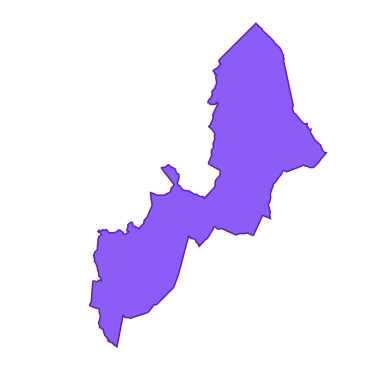 map outline of Eastern (Albers equal-area conic projection), rotated 45°
{"feature_id": "KEN-889", "entity_name": "Eastern", "entity_type": "National Capital Area", "adm_level": 1, "iso_a3": "KEN", "parent_name": "Kenya", "parent_adm1": "", "projection": "albers", "projection_center": [37.864, 0.691], "detail": "fine", "context": "isolated", "style": "filled", "palette": "violet", "viewbox_px": 384, "rotation_deg": 45, "n_neighbors": 0, "source": "natural_earth", "source_scale": "10m", "svg_char_len": 6011}
<svg xmlns="http://www.w3.org/2000/svg" viewBox="0 0 384 384"><g transform="rotate(45 192 192)"><path d="M126.2,27.2L127.4,27.7L128.0,27.8L142.9,27.5L144.2,28.1L152.6,28.0L155.2,28.8L158.3,30.3L160.1,30.7L160.5,31.1L161.2,32.2L161.5,32.4L162.4,32.4L162.7,32.5L163.0,32.9L163.5,34.5L164.3,34.6L201.9,59.0L202.7,59.8L203.8,61.6L204.5,62.4L205.0,62.7L206.3,63.1L207.3,64.0L207.9,64.1L209.2,63.8L210.6,63.7L219.9,64.7L222.3,64.5L224.5,63.5L224.6,62.5L225.0,62.3L226.1,63.1L226.4,63.5L226.7,64.1L227.9,64.4L228.7,64.1L228.9,64.5L229.1,64.6L231.6,64.8L231.7,63.6L232.8,65.2L233.5,65.9L234.3,66.3L241.9,68.3L243.0,68.3L244.8,68.0L245.5,68.1L246.2,68.3L246.9,68.3L249.4,67.8L254.3,69.9L256.0,70.3L257.6,70.3L259.3,69.3L259.9,78.1L260.4,79.6L260.7,82.1L260.7,87.9L260.5,89.0L259.4,89.9L258.4,91.1L258.1,91.3L255.4,92.2L254.1,93.5L252.5,93.9L251.7,94.5L251.2,95.2L251.1,97.0L250.6,97.4L245.2,109.6L244.3,110.9L242.0,111.7L241.5,112.0L241.2,112.9L242.2,115.0L242.8,117.8L243.0,120.2L244.0,125.4L244.0,129.0L244.5,129.7L244.7,130.3L245.5,131.1L245.7,131.5L246.3,133.3L247.6,135.9L249.4,138.7L251.2,139.9L251.9,140.7L252.9,142.5L253.7,143.4L254.1,144.3L254.6,146.3L254.9,146.8L255.7,147.5L257.6,148.3L258.7,149.3L261.4,150.8L262.0,151.4L262.6,152.6L263.6,153.7L264.4,154.1L265.2,154.8L266.2,155.3L259.3,158.2L258.6,158.8L258.7,159.3L265.9,178.7L266.0,179.3L265.1,179.9L259.9,181.9L258.3,184.6L257.7,185.3L256.3,186.5L255.7,187.2L254.5,189.0L254.0,189.9L253.7,190.9L253.5,191.3L238.9,196.8L238.3,197.3L237.7,198.6L236.8,199.8L236.3,200.0L233.4,200.4L232.1,201.2L232.0,201.5L232.0,201.9L233.0,202.7L233.1,202.9L235.5,213.1L235.6,214.8L235.1,216.3L235.5,225.4L233.9,224.7L233.7,224.3L232.9,224.5L232.2,224.5L231.6,224.2L230.5,224.4L228.0,223.6L226.8,223.6L224.6,225.2L223.3,225.8L222.3,225.4L221.9,225.6L221.0,225.5L221.1,226.1L241.0,260.4L246.2,271.8L246.5,272.7L246.6,296.4L246.4,297.0L245.0,298.6L244.9,299.2L246.0,306.6L245.9,307.8L245.8,308.7L237.8,324.7L237.2,325.3L236.0,325.6L235.5,325.9L234.5,327.3L233.5,327.9L232.5,328.1L230.6,327.8L230.4,327.9L248.5,354.6L247.8,354.7L247.2,354.4L246.8,354.3L245.6,355.3L245.2,355.3L244.5,355.0L243.3,355.2L242.0,355.1L241.6,355.3L240.5,356.0L239.3,356.2L238.8,356.5L237.9,356.8L237.7,356.7L237.8,356.0L237.6,355.7L235.5,355.5L233.7,354.9L231.7,355.1L230.8,354.5L229.6,354.1L228.7,353.3L226.5,352.2L225.6,352.1L225.0,352.5L224.2,352.5L223.2,352.7L222.5,353.2L220.9,351.7L218.8,350.8L218.3,350.4L217.0,347.6L215.1,344.7L214.1,343.9L211.8,342.9L210.5,341.9L209.4,340.6L208.8,340.3L208.3,340.5L207.9,341.0L206.8,341.7L201.5,344.2L200.5,344.5L199.3,344.2L198.8,342.0L198.4,340.9L185.3,325.6L185.1,324.9L185.5,324.3L186.3,323.7L187.5,323.3L187.9,323.0L188.2,322.4L188.7,319.8L189.4,319.2L190.7,318.8L190.6,318.6L190.3,318.3L188.7,317.4L188.1,317.2L186.4,317.4L185.1,316.9L182.4,314.7L181.0,314.2L178.0,312.1L175.6,310.9L174.4,310.5L172.2,310.1L170.3,308.2L169.5,307.6L167.9,306.9L167.4,306.6L167.0,306.1L166.6,305.1L165.8,303.0L165.7,302.0L166.1,300.5L165.5,299.5L159.1,291.8L158.0,290.0L157.6,288.8L158.3,286.5L158.2,286.2L156.6,285.8L156.1,285.8L155.7,285.9L154.0,286.6L153.5,286.5L153.3,286.2L153.2,286.0L153.5,284.4L154.7,284.6L155.1,284.4L155.8,283.6L155.9,283.3L155.3,282.4L155.2,282.1L157.3,280.6L157.6,280.0L157.7,279.3L157.9,279.1L158.1,279.0L161.6,279.6L162.1,279.6L165.6,276.1L166.5,274.3L167.0,272.8L166.8,271.3L166.9,270.9L167.4,270.4L168.4,269.8L169.7,269.8L171.4,269.2L171.9,269.3L173.3,270.3L173.9,269.7L175.1,268.0L175.1,267.2L175.5,265.5L175.5,264.9L175.2,264.7L173.7,265.4L173.0,265.3L172.3,264.2L171.7,262.3L171.5,262.0L169.8,260.6L169.7,259.9L170.2,256.7L170.4,256.1L171.1,255.8L171.6,255.8L173.6,257.3L174.1,257.5L174.4,257.4L180.2,255.3L180.7,255.0L180.7,254.8L180.4,254.3L180.1,253.0L180.1,248.4L179.7,247.8L178.3,246.1L178.2,245.7L178.1,242.0L178.0,241.3L173.4,230.0L173.1,229.5L164.0,222.7L163.0,221.7L164.3,221.0L168.5,219.5L170.0,218.5L174.9,213.5L175.1,213.0L175.3,210.9L176.3,209.3L176.5,207.7L176.5,207.2L175.9,205.9L175.0,204.5L174.6,203.6L174.5,200.1L174.2,199.5L173.7,199.4L154.0,196.8L153.5,196.7L153.3,196.5L153.2,196.3L153.3,195.8L154.1,195.1L154.9,194.1L155.2,193.2L155.7,192.6L155.8,191.9L155.7,190.4L155.9,189.6L156.3,189.2L157.6,189.3L160.8,188.6L161.8,188.3L162.7,187.8L163.5,187.7L164.1,187.8L165.5,188.5L166.2,188.6L166.8,189.2L167.4,189.5L168.4,189.5L168.8,189.4L169.5,188.8L170.1,188.8L172.1,190.4L173.5,192.4L174.4,194.1L174.7,195.3L175.9,196.5L177.0,196.9L179.7,196.2L180.1,196.2L181.6,197.0L182.2,197.1L183.3,196.8L184.0,197.2L184.8,196.5L185.9,196.0L187.4,194.7L188.7,193.9L189.5,193.1L190.4,193.2L190.8,193.2L192.2,192.5L193.7,192.5L195.0,192.2L195.7,191.8L196.4,190.7L197.5,190.0L198.1,190.0L198.6,190.3L199.1,190.3L200.9,189.4L202.9,187.4L203.6,187.3L205.3,187.8L204.5,172.7L204.2,172.0L203.8,171.3L201.1,168.2L200.6,167.4L200.4,166.7L200.0,160.8L199.7,160.1L199.2,159.5L196.4,156.8L196.0,156.7L195.2,157.0L194.2,157.8L193.8,157.9L192.8,157.8L192.3,157.9L190.6,158.8L189.9,158.9L188.9,158.8L187.6,159.5L185.8,159.8L184.6,160.3L183.8,160.3L183.4,160.1L183.1,159.8L180.2,152.8L179.4,151.8L177.6,150.3L176.2,148.7L175.7,145.2L175.5,144.8L173.4,143.6L172.6,142.9L171.8,140.8L170.8,138.9L169.9,137.9L168.1,136.5L167.5,135.3L167.0,134.8L165.5,134.1L161.1,133.7L157.9,133.9L157.5,133.8L157.5,132.4L157.2,131.0L155.3,126.0L154.7,124.9L152.1,122.6L151.8,122.1L148.0,111.4L147.7,111.1L147.2,111.0L146.6,111.0L146.1,111.2L146.6,112.5L146.4,113.4L145.9,114.3L143.5,116.8L142.9,117.1L141.6,116.9L141.1,116.9L140.7,117.0L140.1,117.5L139.0,116.2L138.7,114.4L138.7,112.4L138.4,110.6L137.3,108.8L136.6,107.9L135.1,107.1L134.8,106.0L134.8,102.7L134.0,101.2L133.7,100.0L133.2,99.1L132.4,97.6L131.4,96.7L129.0,95.1L127.2,93.6L127.0,93.4L126.8,92.1L126.6,91.7L126.3,91.6L125.5,92.3L125.1,92.5L124.7,92.4L124.1,91.8L123.8,91.6L122.0,91.6L121.3,91.4L121.1,90.5L122.3,85.7L122.3,85.2L121.7,83.3L122.3,81.5L122.1,81.2L120.5,81.4L119.0,80.7L118.2,80.2L117.8,79.1L117.9,27.5L124.2,27.4L126.2,27.2Z" fill="#8b5cf6" stroke="#5b21b6" stroke-width="1.5"/></g></svg>